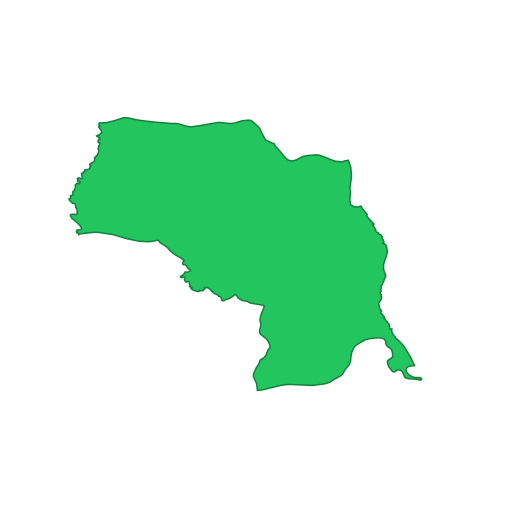 Thawat Buri, Roi Et, Thailand (Equal Earth projection), rotated 108°
{"feature_id": "78962969B6809780389556", "entity_name": "Thawat Buri", "entity_type": "district", "adm_level": 2, "iso_a3": "THA", "parent_name": "Thailand", "parent_adm1": "Roi Et", "projection": "equal_earth", "projection_center": [103.792, 16.038], "detail": "fine", "context": "isolated", "style": "filled", "palette": "green", "viewbox_px": 512, "rotation_deg": 108, "n_neighbors": 0, "source": "geoboundaries", "source_scale": "gbopen_adm2", "svg_char_len": 6124}
<svg xmlns="http://www.w3.org/2000/svg" viewBox="0 0 512 512"><g transform="rotate(108 256 256)"><path d="M290.5,431.2L289.1,429.7L285.0,420.8L283.2,416.5L282.3,413.3L279.8,398.6L279.4,384.0L278.2,372.4L276.3,364.9L275.2,361.6L273.3,357.6L271.9,355.4L271.3,353.5L273.1,351.2L274.1,346.5L275.4,342.7L277.4,339.6L278.6,336.8L279.8,333.1L280.9,328.0L282.3,323.0L284.3,323.6L286.6,322.9L286.8,322.2L286.2,321.1L286.3,320.2L288.5,317.0L289.3,316.3L289.3,314.4L289.6,313.9L290.0,313.7L290.5,313.9L292.5,316.0L292.9,318.0L293.2,318.6L294.9,318.7L296.0,319.7L297.0,319.8L297.8,320.2L298.5,321.5L299.2,321.3L299.6,320.8L299.7,320.1L298.2,318.2L298.0,317.8L298.1,317.1L298.7,316.6L300.6,316.8L301.7,315.8L302.3,315.0L302.4,314.2L301.3,312.9L301.1,312.2L301.3,311.6L303.7,310.3L304.3,309.2L304.7,309.1L305.3,309.9L305.6,309.8L306.0,307.5L306.2,306.9L306.6,306.9L307.1,307.5L307.8,306.0L307.9,301.3L307.6,299.7L306.9,299.0L305.9,298.9L306.1,298.1L305.7,296.5L305.2,295.6L304.5,295.6L303.7,294.8L303.1,294.6L302.4,295.4L302.0,295.3L301.9,293.7L301.1,293.3L300.9,292.6L301.5,291.1L301.5,290.2L301.9,289.7L302.3,288.7L302.3,287.8L303.2,287.5L303.3,286.1L303.9,285.7L304.0,285.0L304.6,284.2L304.6,282.4L304.9,281.4L304.8,280.8L305.3,279.5L305.8,279.1L306.0,277.4L306.8,275.7L307.9,275.2L308.6,275.3L308.9,274.2L308.6,273.7L308.6,272.9L307.2,271.7L304.8,268.4L302.1,265.9L300.0,264.7L299.0,263.3L300.3,261.3L301.6,260.0L302.6,255.5L301.8,250.2L302.3,247.8L302.4,246.1L300.8,235.2L300.7,232.8L305.0,232.6L307.5,233.0L311.1,233.1L315.2,232.6L319.8,230.2L321.0,229.9L325.9,229.5L327.7,228.9L328.7,228.1L329.2,227.2L330.8,222.6L332.7,218.6L335.8,215.8L338.2,214.5L339.2,214.5L340.5,215.3L341.7,215.6L345.4,215.7L347.8,216.0L350.3,217.1L353.7,219.9L357.7,220.0L362.5,221.3L369.1,221.9L370.9,221.5L371.5,221.1L374.2,218.9L377.1,216.0L383.3,213.2L381.8,209.5L380.7,207.4L377.6,202.6L371.5,192.6L368.9,187.4L367.3,182.7L362.6,165.6L360.9,160.7L356.4,151.3L355.4,149.6L353.1,146.7L349.3,143.7L344.0,138.6L341.6,137.1L336.3,136.1L330.8,133.9L329.4,133.7L326.8,133.6L320.7,134.9L317.8,135.1L313.7,134.7L310.8,133.8L307.7,131.5L301.6,125.8L299.5,122.4L297.3,117.7L295.9,113.9L295.3,111.9L295.2,110.1L295.3,108.9L295.8,107.8L296.7,106.7L299.9,105.0L300.8,104.2L301.8,102.0L302.6,99.1L303.2,98.0L306.6,96.0L309.9,94.8L314.5,98.3L315.2,98.5L316.0,98.4L317.7,97.4L320.4,95.5L323.6,90.7L323.8,89.4L323.4,88.3L320.7,86.4L320.3,85.6L320.1,84.5L320.1,82.6L320.6,81.3L321.2,80.6L324.6,77.9L325.4,76.8L325.7,75.5L325.5,72.6L324.3,68.2L323.6,65.0L323.3,61.6L323.0,60.9L322.3,60.5L321.3,60.8L321.0,62.1L321.1,62.9L322.5,67.6L322.6,69.9L321.6,74.2L320.1,76.6L319.0,77.6L317.8,78.1L316.7,78.3L315.4,78.0L314.1,77.0L313.2,75.7L311.3,71.3L303.8,78.4L296.5,86.9L295.0,89.2L291.9,95.2L291.1,97.7L289.9,98.7L288.6,101.0L286.1,103.5L284.6,103.9L284.2,104.4L283.4,104.4L283.9,105.2L283.9,106.2L283.7,106.5L282.1,107.2L281.1,107.3L279.4,108.7L278.9,110.1L277.8,110.9L277.6,112.1L276.1,113.8L275.9,114.8L274.5,114.7L274.3,115.6L273.7,116.2L273.6,116.8L272.6,117.4L272.0,119.2L271.5,119.7L270.2,119.9L269.8,119.5L269.4,119.6L268.0,121.9L263.2,124.7L262.2,124.7L261.6,124.3L258.9,123.7L257.9,123.6L257.1,123.9L256.7,123.7L255.9,124.0L255.6,124.5L255.2,124.3L254.2,124.8L253.4,126.0L252.6,126.6L251.0,126.1L249.7,126.9L248.7,126.7L245.5,127.8L244.7,127.1L234.6,126.4L229.6,130.4L224.6,132.1L212.9,132.1L211.6,132.3L207.4,134.4L205.4,135.8L204.8,137.4L204.7,139.1L203.0,138.7L202.5,139.0L202.4,139.5L201.2,140.1L199.7,142.1L198.8,141.7L197.7,143.5L197.4,143.6L197.0,145.2L197.0,146.5L196.3,146.8L196.0,147.7L196.1,148.6L196.0,148.9L194.9,150.3L194.1,150.1L190.5,154.5L189.2,153.7L183.7,163.5L182.4,163.0L182.0,163.2L180.9,165.1L177.7,170.0L176.2,171.2L176.3,172.2L176.7,172.2L178.0,174.3L178.3,176.0L178.8,177.5L178.6,178.7L178.7,179.2L178.4,179.8L178.3,181.0L177.9,181.7L177.1,182.5L173.5,184.1L165.2,186.2L163.1,187.5L150.6,189.8L142.7,193.1L136.4,197.7L138.0,200.8L139.6,202.9L140.1,203.8L141.4,210.4L140.5,226.6L141.3,230.3L144.0,236.9L146.2,241.0L147.3,242.6L152.5,247.8L154.2,250.6L154.8,252.3L154.8,255.0L153.7,258.1L146.6,269.4L145.4,271.7L143.6,273.4L143.7,274.1L142.8,281.6L142.6,282.5L141.8,283.8L136.7,289.1L133.6,291.7L132.2,294.0L129.0,301.4L128.7,302.4L128.8,304.2L129.7,306.6L132.0,311.6L136.0,317.0L136.8,318.4L138.3,322.6L140.2,332.0L142.0,335.9L150.1,351.0L152.1,355.4L152.8,356.5L153.4,358.2L154.0,361.7L154.2,370.0L154.8,373.6L155.9,376.7L157.3,382.5L159.9,393.4L162.8,407.9L163.4,411.8L164.1,419.5L164.6,422.2L165.1,423.8L165.8,425.2L170.8,432.1L174.7,438.2L175.4,439.4L177.9,446.2L179.8,446.0L180.6,444.6L181.9,445.5L183.5,443.6L184.5,441.8L186.1,441.0L186.9,441.1L187.3,441.6L189.3,442.4L189.5,443.1L191.0,444.7L191.5,444.1L191.5,442.8L191.8,442.0L191.8,441.3L192.7,440.5L193.1,440.6L193.3,441.5L193.8,441.5L194.2,441.8L195.6,441.8L196.2,441.5L196.9,440.5L196.4,439.7L197.2,439.2L198.1,439.1L199.4,439.5L201.9,439.2L202.4,439.5L202.7,439.1L203.8,438.6L204.0,438.2L206.3,437.8L208.3,438.2L209.5,438.1L210.3,438.9L211.6,439.2L212.5,440.0L214.4,439.0L215.2,439.0L217.4,439.9L219.2,441.9L220.0,442.4L220.7,442.3L221.1,441.2L221.4,441.0L222.8,441.6L223.5,441.2L224.5,441.3L225.4,442.5L226.1,443.0L226.2,444.2L227.2,445.6L228.7,444.9L229.8,446.3L230.8,446.0L231.4,447.4L232.4,446.5L233.4,446.7L235.1,445.2L235.8,445.3L236.2,445.8L236.4,446.7L236.3,447.9L236.6,449.1L237.6,449.9L238.1,449.6L238.6,448.6L239.7,448.9L240.3,448.3L240.3,447.6L239.8,446.8L239.8,446.1L241.5,446.1L241.8,446.2L242.1,446.8L242.2,448.9L243.0,449.0L244.1,449.9L246.8,448.8L248.2,449.1L249.7,448.9L251.2,450.0L251.9,450.1L254.4,448.8L254.9,449.6L255.4,449.9L255.6,450.9L256.2,451.1L257.3,450.2L257.8,450.2L259.7,451.5L260.9,450.3L261.3,449.1L262.2,447.7L262.7,446.4L262.1,445.0L262.4,444.0L262.9,443.5L263.6,443.5L264.6,442.4L265.8,442.3L266.3,441.0L270.5,439.2L271.2,439.4L272.5,440.3L272.5,442.0L273.4,444.4L274.0,445.1L274.7,445.1L275.8,444.3L276.9,443.0L280.4,434.7L281.4,432.8L283.2,430.8L283.8,430.4L285.0,430.6L286.3,433.3L286.5,434.2L286.7,434.4L287.6,433.8L288.4,434.3L288.8,434.0L289.5,432.9L289.2,431.9L290.5,431.2Z" fill="#22c55e" stroke="#15803d" stroke-width="1.5"/></g></svg>